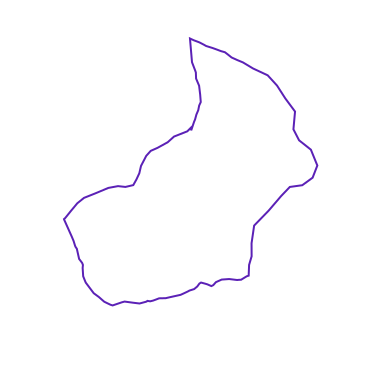 Lac Léré, Mayo-Kebbi Ouest, Chad, rotated 300°
{"feature_id": "50815135B81119267829848", "entity_name": "Lac Léré", "entity_type": "district", "adm_level": 2, "iso_a3": "TCD", "parent_name": "Chad", "parent_adm1": "Mayo-Kebbi Ouest", "projection": "albers", "projection_center": [14.353, 9.616], "detail": "fine", "context": "isolated", "style": "outline", "palette": "violet", "viewbox_px": 384, "rotation_deg": 300, "n_neighbors": 0, "source": "geoboundaries", "source_scale": "gbopen_adm2", "svg_char_len": 1717}
<svg xmlns="http://www.w3.org/2000/svg" viewBox="0 0 384 384"><g transform="rotate(300 192 192)"><path d="M323.9,113.5L304.4,127.1L298.8,134.0L297.4,135.6L292.3,138.8L287.6,145.0L280.4,150.4L274.3,154.6L270.4,155.0L266.0,156.5L261.2,157.1L256.3,158.4L253.8,158.7L245.0,160.5L247.1,158.9L242.2,157.6L231.0,148.7L223.0,146.1L212.9,140.0L207.0,135.7L200.5,134.3L189.1,134.8L181.9,137.0L175.1,137.6L168.6,137.7L163.1,131.8L160.1,125.0L153.7,117.5L142.4,108.9L132.9,101.4L124.9,98.3L115.0,96.6L106.0,95.2L104.5,94.7L104.2,95.0L102.2,97.8L95.9,106.5L93.3,110.1L90.5,113.8L87.0,117.6L86.3,118.5L85.7,119.7L85.3,120.6L77.6,127.7L76.3,130.8L75.6,132.4L74.3,134.0L71.5,135.3L64.6,139.9L61.6,143.7L60.4,145.3L55.2,157.5L54.5,163.8L53.4,169.3L53.1,170.9L53.3,173.8L53.6,177.8L54.1,180.0L61.4,186.4L63.4,188.4L66.6,196.2L69.2,202.3L73.6,206.7L74.5,207.5L75.4,207.8L76.1,209.6L76.4,210.4L78.5,212.6L80.9,214.6L83.5,216.7L86.4,221.5L86.8,222.2L89.6,225.2L97.2,233.5L99.7,235.3L102.3,237.1L103.6,238.0L103.9,238.2L105.4,239.1L109.0,242.4L109.8,242.7L112.8,243.8L116.4,244.2L118.1,245.1L119.1,248.9L119.7,251.4L120.2,255.8L122.0,257.0L125.9,257.8L131.0,261.5L135.2,267.7L138.4,275.2L138.9,275.8L140.6,278.4L146.3,281.5L147.9,282.9L157.4,277.9L166.1,275.8L177.4,269.2L194.0,262.6L214.2,267.7L233.0,271.2L245.3,274.2L253.0,284.1L264.7,289.3L277.6,287.3L288.1,273.8L290.3,258.9L297.0,248.5L313.2,241.0L319.7,226.0L326.7,212.4L330.9,199.2L329.5,183.1L329.7,171.3L328.9,165.2L328.6,162.1L328.4,160.2L328.3,159.0L328.9,155.1L329.1,153.7L329.5,150.6L329.0,148.6L328.5,146.7L327.8,142.4L327.0,137.9L325.5,131.2L325.5,128.7L325.4,126.5L325.3,124.2L325.2,123.1L324.3,117.7L323.9,113.5Z" fill="none" stroke="#5b21b6" stroke-width="2"/></g></svg>